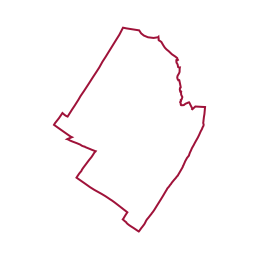 Rojiste, Dolj, Romania, rotated 105°
{"feature_id": "2599482B91976879692627", "entity_name": "Rojiste", "entity_type": "district", "adm_level": 2, "iso_a3": "ROU", "parent_name": "Romania", "parent_adm1": "Dolj", "projection": "robinson", "projection_center": [23.932, 44.069], "detail": "fine", "context": "isolated", "style": "outline", "palette": "rose", "viewbox_px": 256, "rotation_deg": 105, "n_neighbors": 0, "source": "geoboundaries", "source_scale": "gbopen_adm2", "svg_char_len": 3722}
<svg xmlns="http://www.w3.org/2000/svg" viewBox="0 0 256 256"><g transform="rotate(105 128 128)"><path d="M30.8,142.5L31.7,150.8L32.2,155.5L32.2,155.8L32.3,157.5L32.4,158.8L40.2,160.5L45.7,162.2L59.3,166.3L65.0,168.0L70.5,169.8L76.9,171.4L82.2,173.1L87.9,175.0L96.1,177.6L103.7,180.1L109.4,182.1L113.5,183.2L120.2,185.3L124.6,186.8L128.8,188.1L132.6,189.3L132.4,190.6L132.2,191.4L132.0,192.0L131.9,192.3L131.4,193.4L130.5,195.2L136.3,197.2L142.3,199.8L144.1,200.3L146.8,193.1L149.4,186.0L151.1,181.3L151.4,179.8L154.3,183.6L154.5,183.8L154.5,183.6L154.6,182.9L154.6,182.6L155.0,181.2L155.2,180.0L155.5,177.7L155.9,173.6L156.4,170.0L156.5,169.5L156.6,169.3L156.8,168.8L157.1,167.8L157.2,166.7L157.3,166.1L157.2,165.4L157.2,165.0L157.3,164.9L157.5,164.3L157.7,162.7L158.2,158.8L158.5,156.7L158.6,155.4L158.8,153.8L158.8,153.2L159.1,153.3L160.0,153.9L160.8,154.2L161.0,154.3L161.7,154.5L163.0,154.9L165.4,155.7L169.2,157.4L174.7,159.6L177.9,160.9L180.2,161.7L181.5,161.9L182.2,162.2L183.4,162.8L184.8,163.4L187.4,164.3L189.3,164.9L192.8,155.2L195.0,149.3L195.4,148.0L196.5,144.4L197.3,141.2L198.5,136.4L199.7,132.2L200.8,128.9L201.5,126.9L202.2,124.7L203.3,121.8L205.0,117.7L207.8,111.1L208.9,108.4L209.6,106.8L212.2,107.7L214.5,108.4L216.7,109.0L217.6,109.4L217.9,108.8L218.9,106.8L219.5,105.3L220.1,104.8L220.8,103.5L221.6,101.6L222.4,99.2L223.1,96.9L224.0,94.3L224.5,92.9L225.2,90.8L225.1,90.7L221.1,89.2L219.8,88.6L218.3,88.0L216.9,87.4L215.8,87.1L214.4,86.8L212.8,86.5L211.3,86.0L209.4,85.1L207.3,84.2L205.6,83.5L205.4,83.3L205.1,83.2L204.3,83.0L203.9,82.8L203.0,82.4L202.0,82.0L200.0,81.3L196.3,80.2L192.4,79.0L187.5,77.5L184.1,76.5L181.2,75.7L179.1,75.1L178.3,74.9L177.5,74.6L176.9,74.5L176.3,74.4L175.1,73.8L173.9,73.2L173.4,73.0L172.6,72.8L171.8,72.4L171.0,72.0L169.7,71.6L168.7,71.2L168.3,71.0L166.3,70.1L163.7,68.8L162.6,68.4L162.1,68.2L161.7,67.9L161.1,67.6L160.9,67.5L160.6,67.5L158.8,67.0L152.9,65.4L151.3,65.0L150.6,65.1L149.9,64.8L148.9,64.7L146.5,64.3L145.5,64.2L144.7,64.0L143.5,63.7L142.7,63.5L141.8,63.3L139.5,62.3L138.9,62.0L137.9,62.0L135.5,61.8L134.1,61.5L130.8,61.0L129.8,60.7L129.6,60.7L128.2,60.3L127.9,60.2L126.0,59.8L123.1,59.1L119.3,58.1L116.3,57.5L112.4,56.9L111.2,56.6L110.3,56.4L109.5,56.2L108.6,56.2L107.6,56.0L106.9,55.8L106.4,55.7L105.9,55.7L105.4,55.8L104.9,55.9L104.6,56.1L104.3,56.3L103.8,56.6L103.4,56.7L102.4,56.8L101.3,57.0L97.8,57.5L94.7,57.8L92.4,58.2L87.8,59.0L88.6,62.7L89.8,68.5L93.9,71.1L92.5,71.0L89.3,73.9L88.2,74.8L87.5,75.5L87.4,75.6L87.5,75.8L87.7,76.3L88.2,76.8L88.6,77.3L89.3,78.3L90.4,79.3L91.4,80.0L91.8,81.0L92.0,81.9L92.2,82.4L92.1,82.6L92.1,82.8L91.7,83.1L91.1,83.2L90.3,83.6L89.8,84.2L89.4,84.3L89.2,84.0L88.7,83.8L88.4,83.8L88.1,83.8L87.7,84.2L87.3,84.3L87.0,84.1L86.7,83.7L86.3,83.6L85.6,83.6L84.8,83.5L84.6,83.5L84.2,83.5L83.6,83.8L83.0,84.5L82.5,84.9L82.0,85.3L81.1,85.6L80.4,85.8L80.0,86.1L79.7,86.3L79.5,86.2L79.4,86.2L79.2,86.1L79.0,86.4L78.9,86.5L79.0,86.6L79.3,86.9L78.6,87.4L77.6,87.8L77.2,88.0L76.6,88.0L76.2,88.1L75.9,88.1L75.7,87.8L75.4,87.7L75.2,87.6L74.8,87.7L73.4,88.4L68.8,90.7L68.5,90.9L68.5,91.4L68.8,91.8L68.4,92.2L67.7,92.9L66.5,93.5L65.6,93.6L65.0,93.6L64.7,93.6L64.3,93.5L62.9,93.1L61.6,92.8L60.5,92.7L58.0,93.3L56.9,93.5L56.3,93.6L56.1,93.6L56.2,93.9L56.3,94.2L56.3,94.9L56.2,95.3L55.9,95.5L55.1,95.9L54.0,96.4L53.7,96.6L53.4,96.9L52.8,97.4L52.4,98.0L51.7,98.3L51.2,98.5L50.7,98.7L50.1,98.8L49.8,98.8L49.7,98.2L49.7,97.7L49.3,97.4L48.8,98.0L47.7,98.6L46.7,100.9L45.4,104.7L43.3,108.5L42.1,111.2L40.8,113.3L38.9,115.4L37.1,117.2L36.3,118.0L36.0,118.7L35.6,119.9L35.3,121.0L34.8,121.3L33.7,121.5L32.9,121.9L32.1,122.2L32.6,122.5L34.4,126.6L35.2,132.2L34.6,136.6L33.2,139.8L30.8,142.5Z" fill="none" stroke="#9f1239" stroke-width="2"/></g></svg>